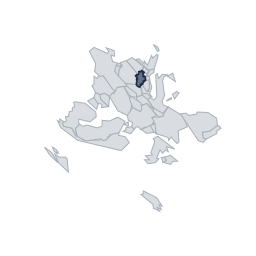 Republic of Serbia on a map of Europe (Robinson projection), rotated 228°
{"feature_id": "SRB", "entity_name": "Republic of Serbia", "entity_type": "country or territory", "adm_level": 0, "iso_a3": "SRB", "parent_name": "Europe", "parent_adm1": "", "projection": "robinson", "projection_center": [20.755, 44.206], "detail": "fine", "context": "in_parent", "style": "filled", "palette": "slate", "viewbox_px": 256, "rotation_deg": 228, "n_neighbors": 37, "source": "natural_earth", "source_scale": "50m", "svg_char_len": 9635}
<svg xmlns="http://www.w3.org/2000/svg" viewBox="0 0 256 256"><g transform="rotate(228 128 128)"><path d="M135.1,54.2L148.5,53.1L157.7,56.1L152.5,57.2L148.3,62.0L145.8,62.1L135.1,54.2ZM180.5,83.2L174.7,84.8L175.5,82.6L172.4,81.3L165.6,86.1L157.3,83.8L154.0,86.9L149.5,86.4L138.2,98.4L138.1,100.8L135.6,100.8L133.8,103.9L134.1,113.9L130.5,118.2L128.9,116.1L123.3,120.1L116.3,119.2L115.8,107.7L152.4,82.4L173.2,78.3L180.7,80.5L177.8,81.3L180.5,83.2ZM169.6,53.1L160.8,54.9L149.3,52.6L160.4,51.8L169.6,53.1ZM164.4,59.1L159.8,60.2L156.0,59.6L157.5,58.9L156.2,58.0L160.5,57.5L164.4,59.1Z" fill="#d9dde1" stroke="#a8b0b8" stroke-width="1"/><path d="M104.9,145.1L120.0,152.7L113.5,161.0L116.8,172.0L99.9,176.9L89.2,173.0L92.3,163.5L83.6,156.5L83.7,153.9L92.2,154.1L91.7,150.0L94.2,151.5L104.9,145.1ZM120.4,179.7L122.5,174.5L121.7,180.4L120.4,179.7Z" fill="#d9dde1" stroke="#a8b0b8" stroke-width="1"/><path d="M130.5,118.2L135.2,110.0L133.8,103.9L135.6,100.8L138.1,100.8L146.5,88.1L155.8,84.7L162.8,88.4L163.8,94.5L159.6,95.4L157.6,99.6L148.7,105.2L146.7,109.8L151.0,114.0L145.7,118.7L142.9,127.7L134.9,130.2L130.5,118.2Z" fill="#d9dde1" stroke="#a8b0b8" stroke-width="1"/><path d="M176.1,127.5L183.6,129.6L183.4,132.2L189.1,137.3L185.3,138.3L186.9,141.7L183.6,144.5L163.9,143.6L163.6,135.3L169.2,134.0L171.7,129.4L176.1,127.5Z" fill="#d9dde1" stroke="#a8b0b8" stroke-width="1"/><path d="M197.7,164.9L202.1,165.5L194.7,169.5L190.3,166.0L193.5,164.1L187.7,161.0L179.2,166.1L179.6,162.0L183.0,162.1L178.8,156.0L167.9,157.3L159.9,154.9L165.1,147.7L163.9,143.6L166.7,142.5L183.6,144.5L184.5,141.9L192.3,140.9L197.3,147.1L211.0,150.6L210.6,156.7L197.3,162.6L197.7,164.9Z" fill="#d9dde1" stroke="#a8b0b8" stroke-width="1"/><path d="M163.6,135.3L164.6,139.7L162.9,140.4L165.3,146.7L161.9,152.7L143.2,147.7L137.6,138.6L137.8,135.9L147.6,132.0L163.6,135.3Z" fill="#d9dde1" stroke="#a8b0b8" stroke-width="1"/><path d="M145.3,155.9L142.4,161.1L138.4,162.0L123.6,159.6L133.6,158.3L135.7,153.2L143.9,153.5L145.3,155.9Z" fill="#d9dde1" stroke="#a8b0b8" stroke-width="1"/><path d="M159.9,154.9L161.7,156.8L156.9,162.5L149.4,164.5L142.9,160.5L145.3,155.9L159.9,154.9Z" fill="#d9dde1" stroke="#a8b0b8" stroke-width="1"/><path d="M172.9,155.6L178.8,156.0L183.0,162.1L179.6,162.0L177.9,165.4L177.4,160.7L172.9,155.6Z" fill="#d9dde1" stroke="#a8b0b8" stroke-width="1"/><path d="M177.9,165.4L181.9,166.1L179.1,171.9L162.6,171.5L154.5,163.1L163.0,156.0L172.9,155.6L177.4,160.7L177.9,165.4Z" fill="#d9dde1" stroke="#a8b0b8" stroke-width="1"/><path d="M171.7,129.4L169.2,134.0L163.6,135.3L156.9,127.9L167.2,126.8L171.7,129.4Z" fill="#d9dde1" stroke="#a8b0b8" stroke-width="1"/><path d="M173.5,123.0L176.1,127.5L171.7,129.4L167.2,126.8L156.9,127.9L160.8,122.0L163.0,124.6L167.8,121.3L173.5,123.0Z" fill="#d9dde1" stroke="#a8b0b8" stroke-width="1"/><path d="M175.0,116.1L173.5,123.0L165.6,121.9L162.9,117.1L175.0,116.1Z" fill="#d9dde1" stroke="#a8b0b8" stroke-width="1"/><path d="M137.8,135.9L140.0,145.3L132.0,148.2L135.7,153.2L133.6,158.3L117.9,157.7L120.0,152.7L116.0,152.0L114.5,148.7L114.8,142.6L117.3,141.3L118.5,136.1L121.3,136.7L123.3,135.0L122.8,131.6L126.6,131.6L129.1,135.0L133.6,133.4L137.8,135.9Z" fill="#d9dde1" stroke="#a8b0b8" stroke-width="1"/><path d="M161.7,170.0L162.6,171.5L179.1,171.9L177.7,178.1L162.7,180.6L161.7,170.0Z" fill="#d9dde1" stroke="#a8b0b8" stroke-width="1"/><path d="M173.1,202.8L168.3,204.2L164.6,202.9L165.1,201.3L173.1,202.8ZM156.9,182.4L173.6,179.8L172.0,182.5L165.0,183.0L167.1,185.0L161.7,184.5L166.1,194.1L163.3,193.1L163.4,198.7L161.4,198.7L154.3,186.9L156.9,182.4Z" fill="#d9dde1" stroke="#a8b0b8" stroke-width="1"/><path d="M156.9,182.4L154.3,186.9L152.0,184.6L153.1,175.6L156.9,182.4Z" fill="#d9dde1" stroke="#a8b0b8" stroke-width="1"/><path d="M144.0,161.8L152.1,166.3L141.4,167.9L149.3,176.4L142.1,172.7L139.0,166.9L135.4,166.7L144.0,161.8Z" fill="#d9dde1" stroke="#a8b0b8" stroke-width="1"/><path d="M124.0,158.1L126.0,161.8L116.9,164.4L113.3,162.6L115.7,158.0L124.0,158.1Z" fill="#d9dde1" stroke="#a8b0b8" stroke-width="1"/><path d="M113.7,148.8L114.7,151.1L113.2,150.9L113.7,148.8Z" fill="#d9dde1" stroke="#a8b0b8" stroke-width="1"/><path d="M115.0,146.3L113.2,150.9L104.9,145.1L111.9,144.0L115.0,146.3Z" fill="#d9dde1" stroke="#a8b0b8" stroke-width="1"/><path d="M117.9,136.9L115.0,146.3L107.2,144.4L111.7,138.2L117.9,136.9Z" fill="#d9dde1" stroke="#a8b0b8" stroke-width="1"/><path d="M67.4,178.6L69.9,177.1L75.1,180.4L70.9,186.8L71.8,192.6L68.8,197.1L65.6,197.0L66.3,191.9L64.5,190.1L67.4,178.6Z" fill="#d9dde1" stroke="#a8b0b8" stroke-width="1"/><path d="M70.1,196.2L70.9,186.8L75.1,180.4L69.9,177.1L67.4,178.6L66.9,174.4L71.4,171.8L103.4,176.4L100.3,181.0L96.4,181.8L92.6,188.0L93.6,190.1L86.1,197.7L76.0,200.4L70.1,196.2Z" fill="#d9dde1" stroke="#a8b0b8" stroke-width="1"/><path d="M82.0,135.5L79.4,141.2L70.2,142.7L73.2,139.0L72.4,135.4L79.0,131.0L78.3,134.8L82.0,135.5Z" fill="#d9dde1" stroke="#a8b0b8" stroke-width="1"/><path d="M126.3,160.4L136.0,161.8L136.2,165.1L131.5,165.8L132.1,170.5L149.0,184.2L148.7,186.2L144.4,183.9L144.9,189.5L140.7,193.2L142.1,189.3L140.0,185.3L127.7,176.9L125.0,171.1L121.3,169.5L116.8,172.0L115.7,163.6L126.3,160.4ZM130.8,194.3L140.2,192.0L138.8,197.9L130.8,194.3ZM118.4,182.0L123.3,183.6L122.6,188.5L120.0,189.5L118.4,182.0Z" fill="#d9dde1" stroke="#a8b0b8" stroke-width="1"/><path d="M126.6,131.6L122.8,131.6L122.0,126.2L129.0,122.1L127.9,125.0L129.6,126.5L126.6,131.6ZM133.5,127.7L132.4,132.2L129.7,130.2L129.4,128.8L133.5,127.7Z" fill="#d9dde1" stroke="#a8b0b8" stroke-width="1"/><path d="M82.0,135.5L78.3,134.8L79.0,131.0L83.8,133.1L82.0,135.5ZM90.3,137.1L86.2,128.8L84.5,130.4L83.9,125.4L88.1,119.0L93.4,119.0L89.9,122.7L95.6,122.3L91.6,128.1L94.3,128.4L99.9,138.8L103.2,139.5L101.9,144.6L81.0,148.6L88.4,144.1L83.5,142.1L86.6,141.0L86.2,136.8L90.3,137.1Z" fill="#d9dde1" stroke="#a8b0b8" stroke-width="1"/><path d="M70.0,93.1L68.8,95.1L71.0,97.3L56.8,102.7L47.0,101.1L50.0,99.7L45.1,98.1L49.9,96.5L45.0,95.8L51.3,93.2L54.4,95.4L70.0,93.1Z" fill="#d9dde1" stroke="#a8b0b8" stroke-width="1"/><path d="M136.0,161.8L142.9,160.5L144.0,161.8L140.3,165.6L135.6,165.4L136.0,161.8Z" fill="#d9dde1" stroke="#a8b0b8" stroke-width="1"/><path d="M175.5,82.6L174.5,87.0L178.3,89.1L176.3,91.5L179.4,95.1L177.9,97.9L180.3,100.3L179.5,102.5L183.4,104.8L182.6,106.5L175.1,112.6L161.6,114.8L157.6,111.9L158.1,103.7L167.6,97.3L163.0,93.3L162.8,88.4L155.8,84.7L165.6,86.1L172.4,81.3L175.5,82.6Z" fill="#d9dde1" stroke="#a8b0b8" stroke-width="1"/><path d="M161.2,152.5L159.3,155.2L147.8,157.3L145.0,154.7L149.8,151.0L161.2,152.5Z" fill="#d9dde1" stroke="#a8b0b8" stroke-width="1"/><path d="M140.0,145.3L147.1,147.9L150.7,151.0L137.8,154.4L132.7,150.8L132.0,148.2L140.0,145.3Z" fill="#d9dde1" stroke="#a8b0b8" stroke-width="1"/><path d="M149.6,175.8L143.5,170.7L142.1,166.4L152.0,167.7L152.3,172.4L149.6,175.8Z" fill="#d9dde1" stroke="#a8b0b8" stroke-width="1"/><path d="M160.9,177.0L162.7,180.6L155.7,181.5L156.1,178.0L160.9,177.0Z" fill="#d9dde1" stroke="#a8b0b8" stroke-width="1"/><path d="M154.1,176.0L152.0,178.6L149.3,176.4L151.6,172.6L154.1,176.0Z" fill="#d9dde1" stroke="#a8b0b8" stroke-width="1"/><path d="M155.6,178.7L154.1,176.0L155.7,173.7L159.1,175.7L155.6,178.7Z" fill="#d9dde1" stroke="#a8b0b8" stroke-width="1"/><path d="M157.9,167.8L158.4,168.0L158.6,168.1L158.7,168.3L159.0,168.4L159.5,168.4L159.8,168.6L160.0,168.9L160.3,168.8L160.8,168.4L161.2,168.3L161.6,168.5L161.9,168.6L161.9,168.8L161.6,168.8L161.4,168.9L161.2,169.1L161.2,169.3L161.3,169.5L161.5,169.6L161.8,169.8L161.8,170.0L161.7,170.0L161.5,170.3L161.5,170.6L161.1,170.8L160.9,171.0L160.8,171.4L160.9,171.7L160.9,171.8L161.1,172.1L161.2,172.3L161.2,172.6L161.4,172.8L161.8,173.1L162.0,173.2L162.2,173.4L162.3,173.6L162.7,173.8L162.6,174.0L162.3,174.4L162.2,174.6L161.9,174.9L161.4,175.0L161.2,175.1L161.1,175.3L161.2,175.6L161.1,175.9L161.2,176.2L161.4,176.3L161.4,176.6L161.1,176.9L161.1,177.0L160.8,177.0L160.7,177.0L160.6,176.9L160.2,177.0L159.7,177.0L159.4,177.0L159.0,177.2L158.7,177.3L158.4,177.1L158.4,176.9L158.6,176.7L159.0,176.0L159.1,175.8L159.1,175.7L158.8,175.7L158.0,175.4L158.0,175.1L157.8,175.0L157.5,174.8L157.5,174.7L157.2,174.4L157.0,174.2L156.7,174.1L156.4,173.9L156.3,173.7L156.2,173.6L155.9,173.7L155.7,173.8L155.8,174.0L155.7,174.4L155.3,174.7L155.2,174.8L155.3,175.0L154.9,175.1L154.9,174.9L154.7,174.7L154.4,174.6L153.7,174.2L153.4,174.2L153.2,174.1L152.9,173.9L152.7,173.9L152.5,173.7L152.1,173.3L151.8,173.0L151.6,172.9L151.5,172.7L151.7,172.4L151.8,172.3L152.0,172.3L152.3,172.5L152.3,172.3L152.4,172.2L152.4,171.9L152.0,171.4L151.7,171.1L151.7,170.9L151.8,170.9L152.0,170.9L152.3,170.9L152.6,170.9L152.7,170.7L152.2,170.3L151.9,170.0L151.6,169.8L151.4,169.7L151.3,169.3L151.3,169.1L151.4,168.9L151.6,168.6L151.8,168.3L151.9,168.0L152.0,167.7L151.9,167.6L151.7,167.5L151.4,167.6L151.1,167.7L151.3,167.3L151.2,166.7L151.4,166.7L151.6,166.6L151.9,166.6L152.1,166.6L152.1,166.4L151.9,166.2L151.3,166.0L151.0,165.8L151.0,165.5L151.1,165.4L150.9,165.2L150.7,165.0L150.8,164.8L150.7,164.4L150.5,164.2L150.7,163.9L150.8,163.8L151.0,163.7L151.3,163.5L151.6,163.6L151.8,163.6L152.0,163.5L152.1,163.4L152.3,163.3L152.5,163.0L152.8,163.0L153.1,163.0L153.5,163.1L154.4,163.1L154.5,163.1L154.8,163.4L155.0,163.7L155.2,163.8L155.5,164.0L155.8,164.4L156.0,164.5L156.2,164.8L156.1,165.0L156.2,165.3L156.2,165.5L156.4,165.7L156.6,165.9L156.9,166.0L157.1,166.1L157.3,166.1L157.5,166.3L157.9,166.5L158.1,166.5L158.3,166.7L158.3,166.8L158.2,166.8L158.1,167.1L157.9,167.1L157.9,167.3L158.0,167.4L158.4,167.5L158.1,167.7L157.9,167.7L157.9,167.8Z" fill="#64748b" stroke="#1e293b" stroke-width="1.5"/></g></svg>